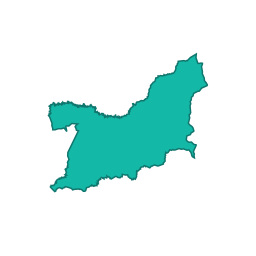 outline of La Jagua De Ibirico, Cesar, Colombia, rotated 331°
{"feature_id": "7082276B29749803006962", "entity_name": "La Jagua De Ibirico", "entity_type": "district", "adm_level": 2, "iso_a3": "COL", "parent_name": "Colombia", "parent_adm1": "Cesar", "projection": "robinson", "projection_center": [-73.393, 9.559], "detail": "fine", "context": "isolated", "style": "filled", "palette": "teal", "viewbox_px": 256, "rotation_deg": 331, "n_neighbors": 0, "source": "geoboundaries", "source_scale": "gbopen_adm2", "svg_char_len": 5766}
<svg xmlns="http://www.w3.org/2000/svg" viewBox="0 0 256 256"><g transform="rotate(331 128 128)"><path d="M171.6,186.3L172.4,184.0L173.4,183.0L173.6,180.8L174.4,179.8L179.0,176.4L179.4,175.7L177.7,174.4L176.7,171.1L174.2,169.9L173.2,167.4L173.2,166.7L175.5,163.5L179.4,164.0L180.8,162.9L183.8,162.8L184.3,162.2L184.9,159.2L184.6,157.5L183.3,154.8L183.2,153.0L186.9,149.0L187.8,146.1L188.9,146.0L190.2,145.0L193.1,138.5L194.6,137.3L195.2,135.0L196.8,134.2L198.5,131.8L200.4,131.5L202.1,129.6L206.6,129.7L208.3,130.3L211.7,128.8L217.7,129.3L218.3,128.7L218.3,126.3L217.8,123.7L218.9,121.2L219.3,116.6L220.4,114.8L222.1,109.8L223.8,108.5L224.5,107.5L223.5,106.7L220.8,105.7L220.5,105.2L221.5,99.5L223.6,96.4L216.7,96.6L212.5,97.9L212.2,97.5L210.7,97.4L209.6,96.2L204.2,94.0L203.4,95.3L202.2,95.8L201.7,96.8L200.4,97.0L199.3,97.9L198.8,99.2L197.2,100.7L194.6,102.1L193.4,101.9L193.2,101.4L191.5,101.6L190.3,100.6L189.6,100.9L188.8,100.0L187.7,100.4L187.1,99.9L185.7,99.9L185.4,98.8L184.7,99.4L183.4,99.1L181.6,97.8L180.5,97.8L179.6,97.0L178.6,98.4L176.6,97.7L174.5,100.0L173.3,100.4L172.3,100.2L170.7,101.0L169.8,101.1L169.2,101.7L168.5,101.6L167.2,103.7L165.8,104.1L164.8,104.9L164.2,106.4L162.1,108.1L162.1,108.8L161.0,110.2L159.9,110.1L159.7,111.0L159.1,111.4L157.4,111.0L156.9,111.5L156.4,111.2L154.9,111.8L152.8,110.4L150.2,110.4L148.3,109.6L147.1,110.2L146.5,111.2L145.4,111.6L144.6,109.4L143.9,109.1L143.2,111.4L139.3,112.2L139.2,112.9L138.1,113.0L137.7,114.1L136.8,113.5L136.6,114.1L136.9,114.6L136.2,114.7L136.5,115.2L135.8,116.2L135.6,115.8L135.1,116.0L133.5,115.5L132.2,116.4L131.1,115.3L129.9,115.7L128.3,115.0L128.1,115.4L127.5,115.2L127.3,115.7L127.0,115.5L127.0,115.9L126.2,114.3L126.1,114.8L125.5,114.8L125.5,115.8L124.7,113.9L124.8,112.9L123.6,112.9L123.4,113.3L122.8,112.3L123.4,110.7L122.9,110.7L122.3,111.7L121.2,111.0L120.9,111.9L119.5,109.9L118.3,109.6L118.9,108.9L117.0,108.2L116.5,108.6L116.2,108.0L115.8,108.3L116.0,107.6L116.6,107.5L116.4,107.0L114.6,107.5L112.7,107.5L113.0,106.1L113.6,107.0L113.7,106.4L114.3,105.8L112.3,104.6L113.4,104.0L113.2,103.3L111.9,102.5L111.3,102.9L110.3,102.5L109.5,102.7L109.2,102.3L109.9,101.4L109.3,101.2L109.9,100.3L108.8,99.7L109.0,98.8L108.0,99.1L107.7,97.7L107.4,98.4L106.8,98.2L107.1,97.2L108.1,96.4L108.3,95.3L108.8,95.7L109.4,95.6L109.6,94.3L108.4,94.9L109.3,93.6L108.4,93.0L108.3,93.9L107.6,92.8L107.1,92.8L106.9,89.6L106.2,89.7L106.3,90.6L105.4,90.4L105.2,90.7L104.2,89.9L102.9,90.1L102.6,89.5L103.1,89.2L102.9,88.9L102.0,89.5L101.5,88.9L101.0,88.9L101.3,88.1L100.8,88.1L101.0,87.6L100.4,87.4L101.2,86.8L101.2,85.5L100.8,85.3L99.2,86.8L99.2,87.3L98.7,86.7L98.9,86.2L98.2,86.1L97.7,86.4L97.8,86.8L97.4,86.6L97.1,86.0L97.3,85.4L97.9,85.9L97.2,85.0L97.6,84.5L96.4,85.0L95.5,84.8L95.1,85.9L94.1,85.4L94.4,84.5L94.0,84.1L95.1,84.1L95.3,83.7L93.8,82.9L93.7,82.3L92.9,81.6L92.5,81.7L92.6,82.5L92.2,82.4L92.1,81.0L91.2,80.9L91.7,79.9L90.5,79.1L91.1,78.6L90.7,78.4L90.8,78.0L89.7,77.8L89.2,77.1L88.5,77.5L88.6,76.6L88.0,76.3L88.6,75.8L88.3,75.5L87.8,75.7L87.3,77.2L84.9,75.4L84.7,76.1L83.9,76.0L83.5,73.8L82.8,74.6L82.3,74.0L81.8,74.6L82.0,75.5L81.2,75.7L81.0,75.1L81.3,74.5L80.2,74.4L80.4,74.0L80.0,73.5L79.0,73.4L79.2,72.9L79.0,73.0L79.0,73.7L78.4,74.0L78.4,72.9L77.9,73.4L77.5,72.7L76.6,73.0L76.2,72.4L75.9,73.2L75.5,73.2L75.9,72.8L75.8,72.2L74.9,72.4L75.7,70.7L75.0,69.7L73.5,70.9L72.2,70.6L72.1,70.2L71.4,70.3L70.7,71.8L70.2,71.4L70.4,70.6L69.6,70.7L70.1,72.5L69.0,73.1L69.0,74.8L68.3,75.4L66.8,75.1L67.8,75.9L67.2,77.0L67.7,77.6L66.2,78.3L65.9,77.5L65.4,78.3L64.6,78.4L64.8,80.7L63.8,87.2L62.6,88.9L62.0,91.8L61.3,93.1L63.3,94.2L66.6,94.8L69.7,96.5L72.1,96.9L72.8,101.4L74.3,96.5L75.1,96.3L77.3,97.6L81.0,96.8L85.9,100.0L83.8,100.5L82.3,101.3L82.4,102.6L81.8,105.0L83.3,106.4L63.6,120.2L61.7,123.2L61.2,126.8L58.3,128.8L58.0,130.3L56.8,132.0L56.4,132.0L56.5,133.2L53.4,133.6L53.9,134.1L52.9,134.8L52.6,137.0L51.1,138.1L51.1,138.7L50.6,138.5L51.0,139.3L50.2,138.9L49.7,140.8L48.7,140.0L47.6,140.9L48.0,140.0L47.3,139.7L47.0,140.0L46.1,139.0L45.7,139.5L45.6,139.0L44.1,139.3L43.8,138.9L43.5,139.6L42.4,138.8L40.0,139.2L39.2,140.2L39.0,141.3L38.5,141.5L37.9,141.2L37.9,140.7L37.4,141.3L35.2,142.2L33.1,141.1L33.1,141.6L31.9,141.5L31.5,142.2L33.1,148.1L34.3,148.1L35.3,147.0L38.0,146.6L39.5,147.2L40.9,149.3L42.5,149.0L43.9,149.4L44.4,148.9L45.0,149.0L48.8,152.9L49.4,154.0L49.6,155.3L51.2,155.6L55.3,157.4L55.7,158.1L56.4,158.1L57.9,160.0L58.2,161.6L59.5,162.4L60.6,162.3L62.7,160.1L65.5,160.7L67.1,160.4L68.1,161.0L68.7,160.3L69.5,162.1L70.5,161.8L70.7,162.6L72.1,162.7L72.8,163.3L73.0,162.8L73.8,162.6L73.5,162.4L74.2,161.7L74.1,161.3L75.0,161.9L75.0,161.3L75.9,160.9L75.6,159.7L76.2,160.0L77.4,159.1L77.7,159.5L79.1,159.6L79.0,158.8L80.7,158.3L82.2,160.6L82.4,159.7L83.0,160.2L84.3,160.2L85.1,161.3L85.5,160.8L86.3,160.9L86.4,160.3L86.6,160.8L87.6,160.9L87.0,160.9L87.0,161.3L87.9,162.0L88.2,163.2L87.8,163.5L88.7,164.5L93.7,164.3L94.8,165.4L95.0,166.2L96.9,167.7L98.0,167.3L99.3,167.8L100.5,165.8L103.1,168.0L104.9,168.8L104.6,170.7L105.6,173.2L106.5,174.0L106.2,175.1L107.8,175.7L108.2,175.5L108.2,174.9L108.8,174.8L109.6,176.3L112.0,174.6L112.4,173.6L113.2,172.9L113.4,171.8L114.1,171.6L114.2,170.4L114.9,169.7L115.5,170.4L116.7,170.4L118.1,169.7L119.1,170.0L119.6,168.8L120.8,168.6L122.7,169.4L123.9,168.7L124.6,169.4L124.6,170.3L125.7,170.6L127.6,173.3L128.4,173.4L129.6,172.6L130.9,173.1L132.2,173.0L133.2,173.2L135.8,175.8L141.4,176.7L141.9,175.8L144.3,175.0L145.1,173.6L145.0,172.7L146.3,172.1L146.3,171.0L147.7,170.1L147.7,169.3L149.3,167.6L149.9,168.8L151.2,168.8L154.1,167.4L155.2,168.6L156.9,168.7L157.4,169.5L158.8,170.1L162.6,170.7L164.3,172.4L166.3,173.1L168.8,176.0L170.6,176.6L171.2,179.9L170.4,183.5L170.5,184.5L171.6,186.3Z" fill="#14b8a6" stroke="#0f766e" stroke-width="1.5"/></g></svg>